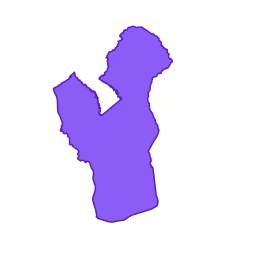 Kaev Seima, Môndól Kiri, Cambodia, rotated 230°
{"feature_id": "14789045B63599255468551", "entity_name": "Kaev Seima", "entity_type": "district", "adm_level": 2, "iso_a3": "KHM", "parent_name": "Cambodia", "parent_adm1": "Môndól Kiri", "projection": "orthographic", "projection_center": [106.845, 12.41], "detail": "fine", "context": "isolated", "style": "filled", "palette": "violet", "viewbox_px": 256, "rotation_deg": 230, "n_neighbors": 0, "source": "geoboundaries", "source_scale": "gbopen_adm2", "svg_char_len": 5997}
<svg xmlns="http://www.w3.org/2000/svg" viewBox="0 0 256 256"><g transform="rotate(230 128 128)"><path d="M63.1,60.9L60.1,65.6L59.8,66.5L59.5,71.4L58.5,75.6L52.8,88.9L50.7,94.5L49.8,99.4L49.9,100.5L50.4,101.5L52.2,103.5L54.4,104.9L58.3,106.3L81.4,121.4L82.4,121.6L83.3,121.3L83.3,120.9L83.9,121.3L84.6,121.4L84.8,121.8L85.4,121.5L86.3,122.0L86.7,122.2L87.1,122.5L87.5,123.5L87.4,123.9L87.9,124.5L90.0,126.0L92.3,126.4L93.6,127.7L94.2,127.6L94.8,128.2L95.8,128.2L97.0,128.7L97.4,129.2L100.6,137.3L103.1,144.8L104.7,148.0L106.5,150.3L109.2,151.2L110.9,152.4L114.0,152.5L114.8,152.8L116.5,154.0L119.4,154.4L123.1,156.0L126.9,156.3L129.0,156.9L132.9,159.9L135.8,160.5L136.7,161.1L138.1,162.0L139.2,164.3L140.2,164.7L140.9,165.5L141.7,165.5L142.2,166.1L142.3,167.5L143.1,169.4L144.4,170.4L146.8,173.4L147.9,175.8L149.0,176.7L150.2,178.6L150.9,179.3L150.5,180.7L149.5,182.1L149.3,183.1L150.2,185.7L149.9,187.1L149.1,187.6L148.8,188.6L149.8,190.4L149.7,191.2L150.1,192.5L149.1,195.4L148.3,197.1L148.9,198.6L149.2,200.1L149.9,201.5L150.3,202.7L150.3,204.6L151.5,205.3L153.1,205.3L153.6,205.3L153.9,204.4L154.5,204.6L155.1,204.4L155.8,204.5L156.9,205.0L157.2,205.7L157.8,206.1L158.0,206.8L158.2,207.1L160.2,206.6L160.6,206.8L160.9,206.6L161.3,207.3L161.8,207.4L162.1,207.6L162.0,207.8L162.9,208.4L163.6,207.7L163.8,207.9L164.2,207.8L164.4,207.4L165.3,207.5L166.1,207.1L166.3,206.8L167.4,206.8L167.9,207.1L168.7,206.7L168.8,207.0L169.6,207.1L169.8,206.8L170.2,206.9L172.6,208.5L173.3,208.6L174.7,208.0L175.9,208.3L176.8,209.4L178.4,208.9L179.4,209.1L180.6,208.4L182.3,207.8L183.6,208.1L184.1,207.2L185.0,206.5L187.7,205.9L196.7,203.2L199.7,199.0L202.8,197.2L203.8,194.3L204.6,193.3L204.6,192.1L204.0,191.3L203.7,190.4L204.3,189.1L204.7,189.2L205.0,188.8L205.4,187.6L204.8,187.1L204.5,186.1L204.0,185.5L204.5,184.9L204.6,184.4L204.1,183.9L204.4,182.9L203.9,182.5L204.3,182.0L203.8,180.8L203.1,180.8L202.5,181.3L201.7,180.8L200.2,181.1L199.5,180.8L199.9,179.6L199.5,178.7L200.8,176.4L200.5,176.0L199.4,175.8L199.2,175.1L198.2,174.0L198.4,173.4L197.5,172.5L197.6,171.7L197.1,170.6L197.1,170.2L197.4,170.2L197.5,169.9L196.7,168.9L196.8,168.0L196.2,167.5L196.7,167.3L197.5,166.3L197.0,165.2L197.6,163.6L198.3,162.6L198.4,161.9L197.1,159.8L196.9,158.6L196.1,157.4L195.8,156.5L194.6,157.4L194.2,157.2L193.1,156.3L193.2,156.0L192.6,155.1L191.0,154.4L189.1,152.8L187.9,152.8L187.5,152.5L186.8,150.6L185.3,148.9L185.0,147.7L185.4,147.2L185.4,145.7L184.5,144.8L183.7,144.6L184.1,144.0L183.8,143.7L184.2,143.5L183.8,142.7L183.9,141.9L184.3,141.7L184.7,142.0L185.0,141.9L184.9,141.3L185.2,140.8L184.8,139.5L185.0,138.3L184.1,137.5L183.8,137.8L183.5,137.6L183.0,138.0L182.6,137.8L181.8,137.9L181.1,138.5L179.9,138.2L179.6,138.5L179.7,138.8L179.5,139.2L178.8,139.3L178.1,138.9L177.7,139.4L177.0,139.7L177.0,140.3L176.8,140.4L175.8,140.0L175.6,140.2L175.6,140.7L174.7,140.8L173.4,140.6L172.9,141.3L171.5,140.9L171.1,141.4L171.0,142.2L170.3,141.9L169.9,141.2L169.5,141.6L169.2,142.6L168.3,142.3L168.3,142.0L167.8,141.8L167.7,142.4L167.2,142.4L167.1,142.6L166.6,142.0L166.3,141.9L166.3,141.6L165.7,141.3L165.4,142.4L164.4,142.8L164.8,143.6L164.3,143.8L163.8,143.8L163.0,143.1L163.7,142.7L163.3,142.3L163.4,141.7L162.5,141.4L162.5,142.0L162.0,142.3L161.7,141.5L161.4,141.5L161.1,141.9L161.1,141.2L160.9,141.2L160.7,141.3L160.8,141.4L160.4,141.4L160.4,141.9L160.2,141.6L159.0,141.3L158.5,140.5L158.2,140.8L158.0,140.5L157.0,141.7L156.8,141.7L156.9,141.2L156.5,141.2L156.4,141.4L156.1,141.2L156.1,142.0L155.9,142.0L155.6,141.7L155.2,142.1L154.8,141.2L154.4,141.4L154.5,116.1L154.9,116.1L155.3,115.8L155.5,115.9L155.6,115.7L155.2,115.6L155.3,115.3L155.8,115.3L156.7,115.7L157.0,115.6L157.1,115.2L158.2,115.3L158.9,115.8L158.4,116.7L158.6,117.4L159.3,118.1L160.3,118.5L160.6,119.2L161.1,118.7L161.7,118.5L161.5,119.7L162.7,119.4L163.3,119.6L163.3,120.7L163.9,120.9L164.5,120.1L165.2,121.3L165.8,120.7L166.5,121.5L167.5,121.4L167.8,121.9L167.9,122.6L169.1,122.6L169.7,123.8L170.5,124.4L171.1,124.4L171.0,123.6L171.3,123.2L172.4,122.8L171.9,123.6L172.4,124.5L173.3,125.1L173.5,124.9L173.3,124.2L174.3,124.8L174.6,124.6L174.8,124.9L174.8,125.4L175.8,125.4L176.4,125.9L176.8,125.2L177.5,125.6L177.7,125.1L177.6,124.7L178.0,124.3L178.4,125.0L178.7,125.1L178.8,124.7L179.2,124.6L179.6,123.6L180.4,123.1L180.7,123.2L180.7,124.2L180.9,124.4L181.5,124.3L181.9,123.4L183.3,124.0L183.8,123.5L184.4,123.5L185.2,122.8L185.9,123.2L186.4,123.1L188.2,123.4L189.0,123.2L188.5,122.4L189.0,122.0L189.8,121.5L190.6,121.8L191.6,121.3L192.1,121.4L192.1,122.0L192.6,122.2L193.2,121.8L194.1,121.7L194.4,121.5L194.8,121.5L195.4,121.9L195.8,121.7L195.9,121.3L196.8,120.8L197.2,120.9L197.3,121.2L197.8,121.1L199.0,121.4L200.3,120.9L201.8,120.9L204.2,122.5L205.1,122.6L204.8,117.4L204.0,117.1L203.8,116.8L204.7,116.5L204.8,116.3L203.8,115.1L203.5,113.9L203.9,112.4L204.1,109.7L205.0,105.9L204.6,104.2L204.7,103.7L205.2,103.0L205.1,100.5L206.2,96.8L206.0,96.2L202.7,94.6L198.4,93.6L196.4,92.8L193.1,90.6L188.7,87.0L185.4,84.8L183.8,84.1L181.1,83.7L174.1,81.0L172.7,79.6L172.0,79.4L172.3,78.3L171.5,77.5L170.8,77.4L170.6,77.1L170.6,76.4L169.9,76.4L170.1,75.8L169.6,75.3L169.8,74.8L169.6,74.6L168.6,74.6L167.8,75.6L167.1,75.6L166.5,75.9L166.0,75.8L165.9,75.3L165.0,75.3L163.6,76.7L163.6,77.5L162.8,77.7L160.7,77.1L160.2,76.3L159.0,76.8L157.4,76.5L153.1,72.8L151.8,73.3L151.5,74.2L150.9,74.6L150.5,74.6L149.7,73.9L148.6,74.1L143.6,75.5L142.3,75.3L141.7,75.6L140.8,74.1L140.9,73.5L140.6,72.8L139.4,72.4L138.1,72.4L136.8,69.6L135.9,70.0L134.3,70.2L133.2,70.7L132.6,72.3L130.8,73.8L129.7,73.1L128.9,73.4L128.6,73.9L128.9,75.2L128.2,75.9L127.6,76.2L126.0,76.3L121.8,74.5L117.1,73.7L115.2,72.3L111.7,68.6L108.6,67.2L107.8,67.1L107.0,66.4L106.8,66.6L106.3,66.3L105.5,66.4L103.3,64.7L101.2,62.7L97.4,56.5L96.3,55.4L93.9,53.9L86.7,50.9L85.0,49.9L83.6,49.5L82.9,49.0L82.8,48.6L80.7,47.7L80.8,47.3L80.2,46.6L79.4,47.0L78.7,46.9L78.6,47.2L77.8,46.9L75.9,48.4L74.5,49.1L69.1,52.6L67.6,53.9L65.5,56.2L63.1,60.9Z" fill="#8b5cf6" stroke="#5b21b6" stroke-width="1.5"/></g></svg>